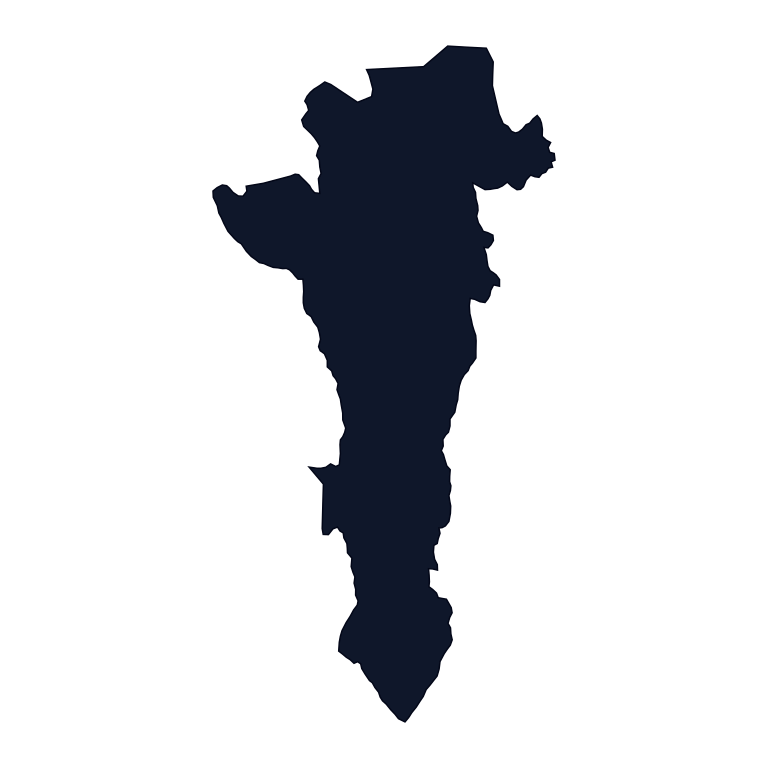 Ubaíra, Bahia, Brazil (Equal Earth projection)
{"feature_id": "56859067B29513354992445", "entity_name": "Ubaíra", "entity_type": "district", "adm_level": 2, "iso_a3": "BRA", "parent_name": "Brazil", "parent_adm1": "Bahia", "projection": "equal_earth", "projection_center": [-39.677, -13.316], "detail": "fine", "context": "isolated", "style": "filled", "palette": "ink", "viewbox_px": 768, "rotation_deg": 0, "n_neighbors": 0, "source": "geoboundaries", "source_scale": "gbopen_adm2", "svg_char_len": 3989}
<svg xmlns="http://www.w3.org/2000/svg" viewBox="0 0 768 768"><path d="M366.6,69.6L369.2,75.3L370.5,80.0L372.9,89.1L371.6,96.6L357.6,102.3L330.8,84.5L324.8,82.0L320.0,85.4L313.8,89.3L310.3,92.4L307.1,96.3L304.8,101.1L307.1,104.7L308.7,110.4L305.9,113.8L301.7,119.9L303.7,126.5L307.6,130.2L311.2,133.7L314.5,137.6L317.3,141.7L319.8,146.0L317.8,150.8L316.6,155.7L319.3,160.2L319.8,166.9L321.1,173.5L318.4,178.7L319.1,185.7L319.8,193.4L314.6,192.8L311.5,189.3L309.5,185.7L305.9,181.9L301.9,178.0L298.7,174.7L295.1,174.2L290.5,176.1L263.3,183.3L246.2,186.2L246.9,191.2L243.0,196.2L238.3,196.0L233.0,192.4L229.4,188.1L226.7,185.7L222.3,185.0L217.2,187.6L213.0,191.0L213.3,197.4L217.3,205.7L218.9,213.1L221.3,217.5L223.9,223.4L228.0,231.3L234.4,238.5L237.8,241.7L241.3,243.8L246.4,251.3L251.3,256.5L255.5,259.5L259.4,262.6L263.9,263.5L268.0,265.4L273.3,267.4L278.0,267.8L282.7,268.6L286.4,268.4L289.5,269.8L292.7,272.9L295.1,276.0L298.1,279.2L302.9,279.2L303.4,285.0L303.7,291.6L303.3,297.4L303.3,302.8L304.3,308.3L306.8,313.5L311.2,316.6L313.8,322.0L317.8,327.2L319.4,332.7L320.5,339.2L318.6,346.7L320.2,350.7L324.4,353.7L327.3,360.3L327.3,366.9L331.7,370.9L333.1,375.7L335.6,378.7L338.1,383.5L337.0,389.7L338.8,394.8L340.4,399.0L341.2,404.6L342.7,413.0L342.8,420.0L345.7,428.1L344.7,432.4L342.8,436.7L340.4,439.9L340.0,444.7L340.4,453.6L339.3,464.9L335.7,466.5L330.6,463.9L325.9,467.3L320.8,468.3L317.1,468.3L309.1,467.1L323.4,484.1L322.2,528.6L323.2,534.4L328.4,534.6L333.0,528.8L337.5,527.1L340.0,531.0L343.2,532.9L343.9,537.9L346.9,543.5L347.3,548.2L347.5,552.8L351.9,558.1L351.2,566.6L353.0,572.3L354.9,576.9L354.1,583.1L355.7,589.3L355.6,595.1L358.1,600.8L357.3,605.1L353.6,610.0L350.2,616.3L346.1,622.7L342.0,630.7L340.4,636.2L339.3,642.2L338.7,651.1L342.5,654.0L346.4,657.3L350.2,659.7L354.0,663.3L357.6,661.7L360.7,663.8L361.8,668.6L365.0,673.9L369.5,680.6L372.3,682.7L375.0,687.6L378.6,692.2L380.2,697.1L382.5,700.8L386.2,704.1L390.8,709.8L395.0,714.2L398.5,718.7L405.0,721.9L408.6,717.6L411.8,712.6L416.3,707.0L419.8,701.5L423.2,696.5L426.2,689.5L430.0,685.1L433.5,680.6L437.1,676.0L439.1,669.0L440.0,661.6L444.3,653.5L447.1,649.4L450.3,645.1L452.2,639.8L450.9,634.0L450.5,627.8L448.0,623.4L449.7,617.5L452.1,612.8L451.2,607.6L448.8,603.4L446.4,599.2L441.8,598.4L438.2,597.7L436.5,593.1L432.7,589.5L428.9,586.7L429.4,581.9L429.1,575.1L428.5,568.7L432.5,568.9L437.5,570.1L437.3,564.6L434.6,559.3L433.4,552.2L433.9,545.3L437.2,543.5L438.2,538.7L440.0,533.3L438.9,528.0L442.2,527.6L445.4,525.9L448.9,521.4L450.4,513.4L450.7,506.0L449.8,501.4L448.9,495.6L450.4,490.6L450.9,485.8L449.6,481.7L449.7,476.2L450.2,469.7L446.8,465.9L445.0,460.1L443.4,454.5L441.3,450.7L443.2,446.1L442.9,439.4L445.7,434.9L448.4,432.2L450.0,426.0L450.0,419.0L454.8,412.2L456.2,404.8L457.7,399.8L458.2,393.1L459.3,386.1L461.2,380.1L464.3,374.6L468.1,370.6L469.8,366.2L472.5,363.0L475.9,358.0L475.9,351.0L476.1,340.7L475.7,335.4L473.8,329.9L472.3,324.9L471.4,320.3L469.8,313.5L469.3,305.6L470.2,298.4L474.7,299.3L480.0,301.7L485.0,302.5L487.9,298.9L489.8,295.3L490.7,290.4L493.6,284.9L499.5,286.2L499.5,279.5L496.1,274.9L493.2,272.7L490.1,270.7L487.9,266.4L487.0,260.6L486.3,254.6L483.9,247.4L488.0,247.9L490.9,244.8L493.4,240.5L492.9,235.2L487.8,232.7L483.2,231.3L481.4,227.7L478.4,222.9L476.6,216.2L478.0,210.4L477.7,205.6L475.9,198.4L475.5,192.4L473.2,187.4L472.7,182.8L485.0,189.6L490.1,189.3L494.0,188.6L497.7,188.1L502.4,185.9L507.3,182.1L511.9,186.4L517.0,189.7L520.6,189.3L523.4,186.7L526.1,180.1L530.6,175.1L534.9,176.7L539.0,177.3L541.9,173.6L545.6,172.2L548.3,168.1L552.6,167.2L551.1,161.8L555.0,160.2L554.2,153.5L549.7,152.3L548.1,147.4L550.6,142.5L546.3,140.2L542.2,136.4L542.4,129.2L541.4,123.0L539.9,118.9L537.2,115.5L533.1,118.9L529.7,123.2L526.1,124.7L522.4,129.2L518.6,132.1L515.4,133.0L511.5,131.4L507.8,126.3L503.1,123.7L501.5,119.8L499.0,114.1L492.4,85.7L492.7,74.5L493.2,61.9L486.3,48.2L466.6,47.2L447.7,46.1L423.6,66.7L366.6,69.6Z" fill="#0f172a" stroke="#020617" stroke-width="1.5"/></svg>